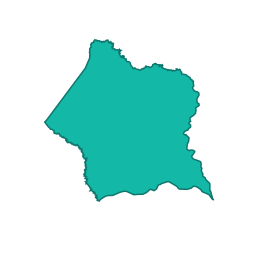 Chirundu, Southern, Zambia (Mercator projection), rotated 73°
{"feature_id": "96606910B35256638811207", "entity_name": "Chirundu", "entity_type": "district", "adm_level": 2, "iso_a3": "ZMB", "parent_name": "Zambia", "parent_adm1": "Southern", "projection": "mercator", "projection_center": [28.665, -16.104], "detail": "fine", "context": "isolated", "style": "filled", "palette": "teal", "viewbox_px": 256, "rotation_deg": 73, "n_neighbors": 0, "source": "geoboundaries", "source_scale": "gbopen_adm2", "svg_char_len": 5784}
<svg xmlns="http://www.w3.org/2000/svg" viewBox="0 0 256 256"><g transform="rotate(73 128 128)"><path d="M49.9,144.2L58.4,151.4L96.7,203.6L98.0,205.9L103.2,204.0L105.7,202.6L106.5,202.5L106.9,201.4L107.7,200.5L108.7,200.2L109.3,199.5L110.5,200.0L111.7,199.2L111.8,199.5L112.3,198.4L112.8,198.1L112.9,197.6L112.4,196.8L112.9,196.5L112.9,195.7L113.4,195.5L113.7,195.8L114.8,195.0L115.6,195.3L115.9,194.9L115.7,194.9L115.7,194.5L117.3,194.1L117.4,193.6L118.2,192.9L117.7,192.2L118.3,191.9L118.1,192.2L118.4,192.4L119.4,191.1L120.0,190.9L120.4,190.2L120.7,190.6L121.3,190.0L121.8,191.0L122.1,190.7L122.0,189.9L122.4,190.2L122.2,190.3L122.4,190.7L124.1,190.2L123.9,189.5L124.3,189.5L124.9,188.0L125.5,187.7L125.1,187.8L125.0,187.0L125.8,187.1L126.2,186.4L126.3,186.7L126.8,186.6L127.4,185.3L127.8,185.0L128.0,185.2L128.4,184.7L128.3,184.1L128.7,184.1L129.3,183.4L129.5,182.9L129.2,182.1L129.5,182.2L129.4,181.9L129.4,181.2L130.4,181.1L130.6,180.6L131.5,180.6L132.6,180.0L132.5,180.7L133.4,180.5L133.7,179.9L134.4,180.0L134.5,179.2L134.6,179.4L135.3,178.8L135.9,179.1L135.9,178.4L136.1,178.4L136.7,179.4L137.2,179.5L138.1,178.6L138.8,178.5L139.3,178.8L140.5,178.1L140.9,178.6L141.0,178.5L141.1,178.9L141.8,179.0L141.6,179.3L142.5,179.5L142.8,179.1L143.9,178.9L144.3,178.1L144.7,178.4L144.8,177.9L145.5,177.5L145.3,177.1L145.8,177.4L146.1,177.2L145.9,176.8L146.5,177.1L146.2,177.3L146.4,177.9L146.8,177.9L148.2,178.7L148.0,179.1L148.6,179.1L148.7,179.3L149.1,178.9L149.7,179.2L150.7,179.0L151.6,179.2L151.2,179.7L152.1,179.9L152.4,179.5L153.5,179.4L153.5,179.8L154.2,179.7L154.6,179.9L154.7,180.4L155.1,180.3L154.9,180.6L155.4,181.0L155.1,181.0L155.2,181.7L155.4,181.8L155.6,181.3L155.6,181.6L156.5,181.9L157.1,181.8L157.3,181.3L158.0,181.5L158.3,182.1L158.4,181.8L158.5,182.4L159.4,182.4L159.3,183.1L159.8,183.1L160.2,182.7L160.4,183.0L160.1,183.3L160.4,183.3L160.3,183.6L160.9,183.4L161.1,183.8L162.0,182.4L162.1,182.9L162.6,183.2L163.3,183.1L163.6,183.5L163.7,182.9L164.6,182.8L164.4,182.4L164.6,182.1L164.9,182.6L165.2,182.2L165.3,182.6L165.7,182.4L166.6,183.1L166.8,183.9L167.0,183.5L167.3,184.1L167.6,184.1L168.5,183.6L168.4,184.1L168.9,184.4L168.9,183.8L171.1,182.6L171.8,182.6L172.7,181.9L174.0,181.9L174.6,181.2L174.9,181.4L175.3,181.0L176.0,180.9L175.9,181.5L176.4,182.0L176.3,181.6L177.0,181.7L177.0,181.3L177.3,181.1L177.5,181.4L177.4,180.8L179.5,179.8L179.2,179.4L179.6,178.7L180.0,178.7L179.7,179.3L180.1,179.9L181.2,178.8L182.7,178.8L183.0,178.2L183.5,178.2L183.4,177.9L184.2,178.2L184.3,178.4L183.9,178.6L185.0,179.4L185.7,178.8L185.6,178.0L186.4,178.5L187.8,177.9L188.3,178.5L189.4,176.8L189.1,176.6L187.8,174.1L186.6,169.2L186.7,167.0L188.0,162.2L187.1,154.3L187.3,150.7L188.0,148.2L191.7,143.9L193.0,142.7L192.9,142.2L193.6,141.6L194.3,138.1L195.7,133.1L195.1,129.1L193.2,124.9L193.2,124.4L195.5,121.4L195.4,120.7L194.5,118.4L191.3,115.7L191.5,113.6L190.9,112.1L190.9,105.3L192.0,103.9L198.1,98.3L200.8,97.3L201.4,96.7L203.9,89.5L204.0,85.3L202.9,82.6L203.5,80.5L205.7,78.2L208.1,76.5L208.8,76.0L209.9,76.0L211.2,75.1L212.6,73.2L215.8,69.7L216.7,69.6L220.5,68.3L222.0,67.1L220.4,67.7L214.5,67.6L213.6,67.4L211.5,67.9L205.5,66.1L204.8,66.1L199.8,68.8L198.1,68.8L195.8,70.6L194.6,70.3L194.0,69.8L191.0,70.4L189.4,70.2L188.7,69.3L187.9,69.2L186.3,69.6L183.5,68.5L181.8,68.4L180.9,69.0L176.8,74.5L175.1,75.3L174.0,75.4L173.5,75.1L170.6,71.4L169.8,71.0L168.6,71.9L167.8,73.3L167.4,74.5L167.6,76.1L165.7,77.8L164.9,77.8L160.7,76.0L158.7,74.1L155.2,72.5L152.0,74.4L151.5,74.4L151.1,75.8L150.5,76.3L149.8,76.5L148.8,76.1L148.0,74.8L147.5,73.4L147.6,71.6L146.4,70.3L145.3,67.8L143.4,67.3L141.7,68.5L140.6,67.8L140.0,66.2L137.3,66.2L136.5,65.6L136.0,64.9L135.2,61.9L133.8,59.3L130.8,57.7L128.8,57.6L127.9,55.7L127.7,54.2L127.1,53.4L125.8,53.0L124.6,54.0L123.1,54.4L120.0,53.4L117.3,50.5L115.6,50.1L114.8,50.2L113.8,51.1L112.0,53.6L109.2,54.7L108.0,54.4L107.3,53.1L106.7,52.8L103.3,52.3L102.6,51.7L102.2,51.8L101.6,52.9L100.4,52.8L99.8,53.8L97.6,54.0L97.3,54.7L96.2,55.4L95.7,56.1L94.6,56.4L93.4,58.0L92.2,60.7L91.2,60.8L90.4,60.4L89.4,61.0L87.7,61.0L86.9,61.7L87.0,62.7L86.4,63.8L85.8,63.9L85.7,64.3L85.7,64.6L86.8,64.3L86.9,64.5L87.0,65.8L86.6,67.4L86.3,67.6L86.5,68.9L85.6,69.1L85.1,69.7L85.2,70.3L84.8,70.8L85.0,71.3L84.2,72.0L84.6,73.1L83.6,73.3L83.5,73.9L82.3,75.2L82.2,76.0L80.8,77.0L80.2,78.0L79.2,77.9L79.0,77.0L78.5,76.6L77.7,76.7L78.0,77.2L77.4,77.8L77.4,78.3L78.1,78.6L78.2,79.5L77.8,79.0L77.0,78.8L76.0,81.6L75.7,82.0L75.1,82.1L75.2,82.8L74.3,83.0L74.4,84.4L74.8,85.9L76.0,86.5L76.7,89.2L75.4,90.3L75.2,91.3L74.0,92.8L74.4,93.4L75.2,93.4L75.6,94.6L75.3,95.0L75.8,95.9L75.9,96.4L75.6,96.5L75.9,97.1L75.5,97.7L76.5,99.2L76.5,99.6L75.2,100.6L74.3,102.8L72.5,103.9L72.4,104.9L72.8,105.2L72.8,105.7L72.5,106.0L70.3,106.3L69.1,107.0L66.6,106.8L65.3,107.3L63.9,109.8L62.5,110.0L61.5,109.6L60.9,110.9L59.6,111.6L59.6,112.0L58.9,112.5L58.4,111.8L58.6,110.8L58.1,110.8L57.7,111.7L56.9,111.6L57.7,112.1L57.9,112.5L57.5,112.8L58.4,113.7L57.4,113.8L57.1,114.3L54.7,114.5L54.2,113.6L53.3,114.8L52.8,114.3L51.8,112.0L51.3,112.9L50.2,113.2L50.4,113.6L51.6,113.9L50.4,114.7L49.5,117.3L47.8,117.8L49.0,117.9L47.5,119.6L47.1,119.3L46.5,119.8L45.4,119.5L45.3,119.1L45.9,119.0L46.0,118.5L43.7,117.7L43.2,117.2L42.8,117.3L42.5,117.9L43.2,118.1L43.0,118.6L42.6,118.5L42.4,119.0L41.9,118.8L40.5,119.3L41.1,120.0L41.2,120.9L40.8,120.8L40.5,121.4L40.1,121.0L38.5,121.6L37.5,121.5L38.3,122.0L37.8,123.1L38.7,124.9L38.5,125.2L38.7,125.6L38.2,125.8L38.6,126.3L37.9,127.4L38.1,127.9L37.7,128.1L37.9,128.4L37.3,128.7L37.2,129.4L36.4,129.7L35.7,131.0L35.8,131.8L34.8,132.4L34.0,134.1L35.1,135.4L36.1,135.7L35.9,136.7L36.2,138.1L36.9,138.3L37.1,139.1L40.0,139.7L40.3,140.6L41.6,141.7L42.8,141.8L44.5,142.8L45.6,142.5L46.2,142.9L49.9,144.2Z" fill="#14b8a6" stroke="#0f766e" stroke-width="1.5"/></g></svg>